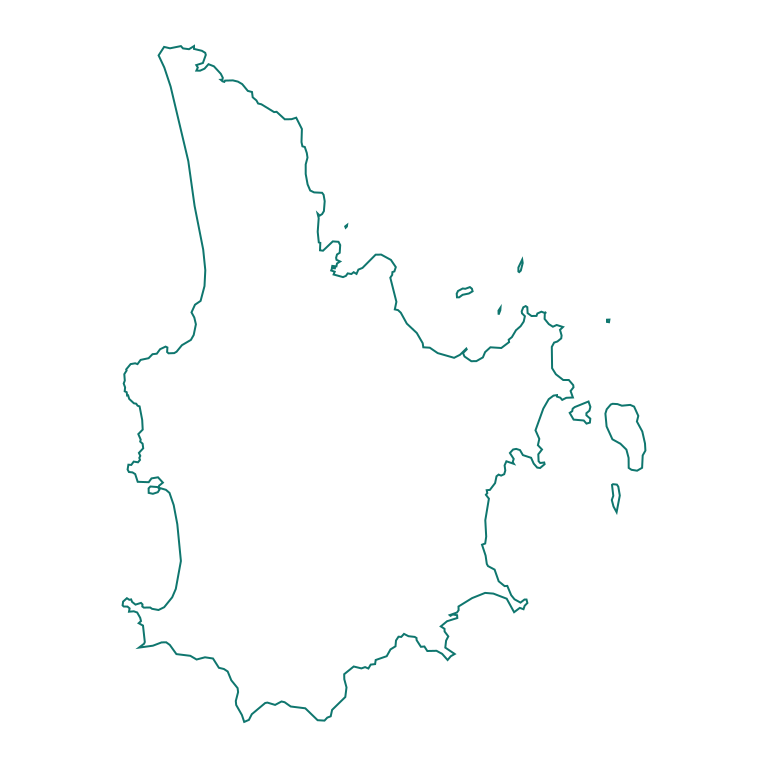 outline of Thalang, Phuket, Thailand
{"feature_id": "78962969B19426862373274", "entity_name": "Thalang", "entity_type": "district", "adm_level": 2, "iso_a3": "THA", "parent_name": "Thailand", "parent_adm1": "Phuket", "projection": "orthographic", "projection_center": [98.366, 8.071], "detail": "fine", "context": "isolated", "style": "outline", "palette": "teal", "viewbox_px": 768, "rotation_deg": 0, "n_neighbors": 0, "source": "geoboundaries", "source_scale": "gbopen_adm2", "svg_char_len": 6102}
<svg xmlns="http://www.w3.org/2000/svg" viewBox="0 0 768 768"><path d="M330.7,716.3L332.1,709.9L345.3,697.0L346.5,687.4L344.3,679.2L344.2,674.2L353.7,666.5L361.4,668.4L365.1,667.1L368.4,668.5L370.7,664.6L375.1,664.1L375.7,660.0L386.7,656.2L390.5,649.4L395.5,646.3L396.0,640.5L398.5,636.7L401.3,636.9L404.0,633.9L408.5,636.2L414.7,636.9L416.5,638.0L416.6,640.1L420.9,646.8L424.4,646.5L427.3,651.0L436.5,650.8L442.2,653.9L447.6,660.0L450.8,656.2L454.7,654.0L445.3,647.6L446.1,640.6L448.3,636.4L444.6,631.5L444.5,628.8L440.8,626.4L447.1,621.2L457.3,618.0L457.1,615.2L452.7,614.5L450.5,615.8L449.7,615.1L457.0,612.5L458.6,610.2L458.5,606.5L472.1,598.1L485.1,592.9L493.4,593.6L506.7,598.7L514.1,612.2L519.8,607.9L523.5,609.2L524.7,605.7L527.4,603.0L526.5,599.5L524.5,599.5L520.5,602.6L514.5,599.3L511.2,595.2L507.3,585.9L504.6,586.1L498.7,581.3L494.6,569.6L488.0,566.1L486.8,563.9L485.6,555.6L482.0,544.7L485.2,543.5L486.2,536.6L485.3,520.2L488.9,498.7L485.9,494.8L487.3,493.1L486.7,490.2L489.9,489.9L495.1,483.1L496.5,476.3L498.6,474.6L501.1,475.6L504.2,474.2L505.3,470.5L504.6,465.4L506.4,461.3L513.8,463.8L512.7,462.1L513.7,458.9L509.9,453.0L513.1,449.5L516.2,448.9L520.0,450.1L522.9,455.1L531.1,457.8L533.7,463.6L537.2,467.6L540.1,468.0L544.6,464.2L544.2,462.5L540.2,463.0L538.6,461.2L538.3,454.3L542.0,449.5L537.9,445.2L539.3,438.9L535.5,430.3L543.3,408.6L548.7,399.2L553.5,395.6L557.0,395.1L557.0,396.6L560.3,397.7L562.2,399.9L566.3,397.8L572.9,397.5L570.6,391.0L573.5,387.3L573.2,385.1L568.8,380.0L563.2,380.0L555.9,374.3L552.1,368.2L551.8,346.9L554.1,342.6L557.4,341.5L561.2,338.4L561.6,335.5L560.0,329.8L563.0,327.0L556.7,325.0L552.9,326.7L548.8,324.1L544.6,318.9L544.8,313.6L546.1,312.2L544.3,312.8L541.4,311.7L537.4,313.5L536.5,315.9L531.5,316.0L527.6,313.1L527.3,307.2L525.7,306.1L523.3,307.3L521.7,311.3L522.0,313.3L524.9,316.2L523.7,321.6L520.6,326.2L516.0,330.2L511.9,337.1L508.7,339.7L509.1,342.1L501.3,348.0L490.4,347.3L485.1,352.1L482.9,357.4L476.4,361.1L471.3,361.2L464.5,356.5L463.0,353.1L466.7,349.4L466.3,348.6L460.0,354.8L454.1,357.8L437.7,353.1L429.8,347.7L423.3,347.3L422.7,343.2L416.8,333.0L406.8,323.6L400.8,312.7L398.0,310.1L394.8,309.4L396.4,301.8L390.3,277.7L392.2,274.9L392.4,272.1L394.4,271.4L395.8,267.1L390.9,259.9L381.2,254.6L375.6,254.7L362.5,267.9L358.4,269.6L356.5,273.9L353.7,272.2L351.4,274.0L347.7,273.4L345.9,275.9L343.0,277.1L333.6,274.5L334.7,271.7L331.2,270.5L332.1,268.1L335.8,268.4L332.0,267.4L332.3,265.9L336.4,266.4L337.0,263.5L340.1,261.5L336.5,259.8L336.1,257.8L337.0,254.5L339.7,252.8L340.2,245.1L338.5,241.8L332.8,241.4L323.0,250.7L320.0,250.3L320.3,242.9L318.8,242.4L317.7,231.8L318.7,218.2L317.6,213.5L319.7,215.6L322.1,214.1L323.9,211.1L324.7,201.2L323.6,194.8L322.1,192.8L314.1,192.4L310.2,190.5L307.6,184.4L305.7,174.0L305.7,164.4L307.5,157.6L306.8,153.0L304.8,147.0L302.4,146.3L301.5,142.1L301.9,129.0L296.2,117.7L291.5,119.2L284.8,119.3L276.6,111.8L274.1,112.1L261.4,104.3L258.1,103.5L256.4,100.4L252.7,97.3L252.0,92.0L247.8,90.9L242.2,84.1L237.9,81.6L232.9,80.4L225.1,80.6L224.3,81.9L222.5,81.3L220.8,79.8L222.4,79.7L222.8,77.8L220.8,73.8L213.9,66.3L208.5,64.2L204.5,68.7L200.0,70.7L196.4,70.6L197.8,67.5L196.3,65.1L202.9,63.0L205.8,54.9L205.2,52.8L201.9,50.8L194.0,48.9L194.0,46.1L189.0,49.2L183.0,48.4L180.9,46.1L170.0,48.3L164.1,46.9L158.6,55.4L164.3,67.5L170.6,86.5L188.3,161.1L194.6,206.0L203.2,249.6L205.3,270.2L204.5,286.1L200.6,300.9L195.0,304.7L191.5,312.4L194.3,317.5L195.9,324.3L193.7,335.0L190.9,339.9L181.9,345.2L176.6,351.7L174.2,353.1L168.5,353.3L167.1,352.0L167.4,347.5L165.6,346.6L160.1,349.2L156.8,353.7L152.5,354.2L148.6,358.2L140.6,359.9L137.5,364.1L135.2,363.3L130.6,364.1L126.2,369.4L126.6,370.5L124.3,374.2L124.8,380.6L123.7,383.5L125.1,387.4L124.7,391.3L126.7,392.2L127.1,395.5L128.1,395.3L129.2,398.9L133.9,403.3L136.2,403.7L137.6,405.7L139.6,406.4L142.2,420.0L142.7,429.6L138.3,434.1L140.7,439.6L140.2,441.6L142.6,443.7L143.2,448.3L138.9,452.9L140.3,455.9L139.3,457.9L140.0,459.9L138.0,462.3L133.7,461.6L131.3,464.9L128.4,464.7L127.6,469.5L128.9,472.0L132.5,472.4L135.2,474.1L137.7,481.8L148.7,482.2L151.5,478.4L158.0,477.3L162.9,482.6L159.1,485.7L158.6,487.7L165.9,489.8L169.5,492.9L173.7,505.1L177.3,524.2L180.9,561.0L175.8,588.9L172.2,597.3L164.2,607.2L158.5,610.0L152.0,608.8L150.2,607.5L143.8,607.6L142.3,606.5L142.5,604.4L141.0,602.9L135.5,604.6L132.1,601.9L131.1,599.4L129.3,599.8L126.9,598.2L123.1,601.6L122.6,605.4L123.7,606.5L127.5,606.6L129.6,608.4L129.0,611.7L133.8,611.3L137.2,612.5L140.2,617.8L141.0,621.1L138.7,623.2L143.0,625.6L144.8,642.0L144.1,643.7L139.0,647.6L152.9,645.7L161.6,642.4L166.2,642.3L169.8,644.9L176.4,654.1L190.3,655.8L196.6,659.5L205.0,657.3L213.0,658.5L218.9,667.8L223.9,669.0L227.7,671.5L231.3,680.3L237.6,688.1L238.1,692.1L235.8,701.0L236.2,705.0L241.9,715.0L244.2,721.9L248.9,719.9L251.8,714.2L265.2,703.0L267.4,702.6L275.1,704.9L281.5,701.5L284.6,702.2L290.7,706.5L305.3,708.3L317.6,720.2L324.5,720.6L327.3,717.6L330.7,716.3ZM621.9,405.7L617.5,404.1L612.7,403.8L610.8,404.5L606.7,409.3L605.4,413.6L606.6,426.5L612.4,439.3L620.5,443.8L626.4,449.6L628.6,457.9L628.7,467.9L631.5,469.8L637.1,470.7L642.1,467.8L642.7,455.4L645.4,450.6L645.0,443.5L642.3,431.5L636.9,421.5L638.3,415.9L634.1,406.6L630.2,404.9L621.9,405.7ZM590.3,418.7L586.4,415.3L586.4,413.2L589.4,410.7L590.4,406.9L588.5,401.5L574.7,407.1L572.7,408.7L572.2,411.2L569.7,412.9L573.6,419.6L583.8,420.5L586.5,423.6L589.9,422.6L590.3,418.7ZM616.9,484.6L613.0,484.2L612.0,484.9L613.3,495.8L611.8,500.0L613.5,506.5L616.6,512.2L619.8,495.5L618.3,486.7L616.9,484.6ZM471.9,288.7L469.9,287.1L465.3,288.8L462.7,288.5L458.0,291.0L456.7,293.7L457.0,297.3L459.2,297.3L462.6,294.8L468.9,293.5L472.6,291.3L471.9,288.7ZM158.1,487.1L150.4,486.5L148.6,488.4L148.7,492.9L152.9,493.8L157.8,492.2L159.5,489.6L158.1,487.1ZM519.2,272.1L520.8,270.6L522.7,263.0L522.2,259.6L518.4,267.5L518.4,271.5L519.2,272.1ZM609.0,322.2L609.4,319.6L607.0,319.7L607.0,321.9L609.0,322.2ZM500.5,307.6L498.5,310.6L498.6,314.6L500.3,310.3L500.5,307.6ZM345.7,227.7L346.9,226.5L347.1,224.9L345.2,226.4L345.7,227.7Z" fill="none" stroke="#0f766e" stroke-width="2"/></svg>